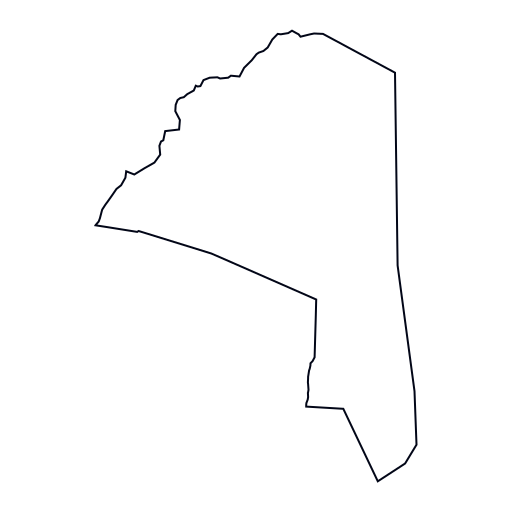 Choppin, Anse-la-Raye, Saint Lucia (Mercator projection)
{"feature_id": "8701671B98444413378484", "entity_name": "Choppin", "entity_type": "district", "adm_level": 2, "iso_a3": "LCA", "parent_name": "Saint Lucia", "parent_adm1": "Anse-la-Raye", "projection": "mercator", "projection_center": [-60.989, 13.954], "detail": "fine", "context": "isolated", "style": "outline", "palette": "ink", "viewbox_px": 512, "rotation_deg": 0, "n_neighbors": 0, "source": "geoboundaries", "source_scale": "gbopen_adm2", "svg_char_len": 1300}
<svg xmlns="http://www.w3.org/2000/svg" viewBox="0 0 512 512"><path d="M416.5,444.7L414.5,391.2L397.6,265.4L395.0,72.7L394.8,72.6L394.1,72.2L323.0,33.9L314.1,33.5L310.2,34.3L300.5,36.7L298.6,34.3L296.3,33.1L292.0,30.7L288.2,33.1L280.8,34.3L277.7,33.9L272.3,39.5L267.7,47.5L263.4,51.0L258.8,52.6L256.5,54.2L251.8,60.2L244.1,67.8L239.5,76.5L230.9,75.7L228.2,77.7L220.1,78.5L217.4,77.3L209.7,77.7L203.5,80.1L200.4,86.1L197.7,86.5L195.8,85.7L193.8,90.5L187.3,94.1L183.8,97.2L180.3,98.0L179.9,98.3L177.6,100.0L175.7,104.8L175.3,111.2L179.9,120.0L179.5,124.7L179.1,129.5L165.2,131.1L163.3,140.3L161.0,141.5L159.4,145.8L160.2,154.6L154.4,162.6L144.7,168.1L134.3,174.5L126.2,171.3L125.4,177.7L121.1,185.3L116.5,188.9L111.9,195.6L107.3,202.1L106.3,203.4L105.3,204.8L102.2,209.6L101.8,211.0L99.9,218.3L98.7,221.5L95.6,225.1L95.5,225.3L107.2,227.1L137.2,231.9L138.1,231.3L138.6,231.0L211.3,253.5L233.3,263.1L316.2,299.5L315.8,315.8L314.6,357.3L312.6,361.1L310.5,363.3L310.4,365.6L309.7,368.8L309.3,369.9L309.1,370.4L308.4,375.0L308.1,376.8L308.1,378.3L307.9,382.5L308.1,384.1L308.5,389.9L308.0,392.7L307.9,392.9L308.1,396.5L308.1,397.4L308.0,397.8L307.7,399.6L306.4,403.0L306.2,404.9L306.2,406.2L306.2,406.6L343.3,408.8L377.8,481.3L405.1,463.5L416.5,444.7Z" fill="none" stroke="#020617" stroke-width="2"/></svg>